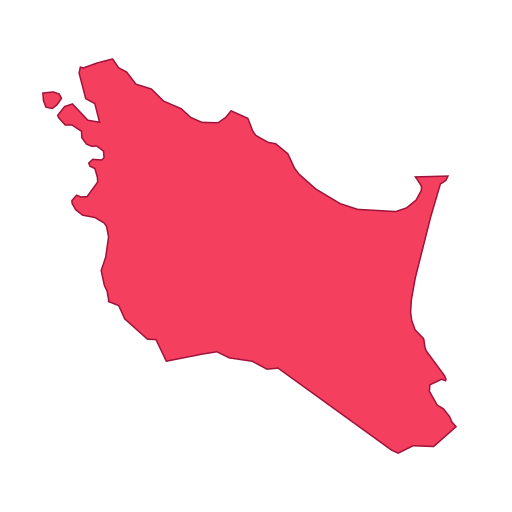 Marin, California, United States of America (Mercator projection), rotated 175°
{"feature_id": "52423323B48598289352775", "entity_name": "Marin", "entity_type": "district", "adm_level": 2, "iso_a3": "USA", "parent_name": "United States of America", "parent_adm1": "California", "projection": "mercator", "projection_center": [-122.671, 38.07], "detail": "fine", "context": "isolated", "style": "filled", "palette": "rose", "viewbox_px": 512, "rotation_deg": 175, "n_neighbors": 0, "source": "geoboundaries", "source_scale": "gbopen_adm2", "svg_char_len": 1658}
<svg xmlns="http://www.w3.org/2000/svg" viewBox="0 0 512 512"><g transform="rotate(175 256 256)"><path d="M71.6,68.5L75.4,73.7L77.1,79.0L82.5,87.3L88.5,91.7L95.0,106.0L94.1,112.5L81.9,117.0L78.0,115.2L77.5,116.9L78.8,120.6L94.4,146.2L95.5,149.5L96.2,159.0L103.9,168.5L106.5,178.2L106.9,186.5L104.9,199.4L99.1,220.7L78.5,279.9L66.0,311.8L62.9,313.2L60.1,315.0L57.8,318.9L90.3,320.9L88.7,318.2L86.5,313.9L85.1,311.1L85.5,307.1L91.6,297.8L101.8,290.8L113.0,288.1L150.7,293.6L167.4,300.7L190.5,317.4L206.2,334.0L209.9,340.0L215.4,355.1L226.6,366.1L234.2,368.2L245.8,376.2L248.4,380.9L252.1,393.8L268.2,402.8L274.1,396.7L281.6,392.3L284.0,392.2L298.4,393.9L309.2,399.9L317.6,409.2L334.5,418.3L345.7,431.5L360.6,437.6L368.8,450.5L376.4,455.4L381.7,464.8L397.3,462.2L411.7,458.4L414.5,459.5L416.3,453.6L411.9,427.6L403.3,421.9L400.2,402.9L411.7,405.9L425.6,423.5L433.6,421.6L441.3,413.4L440.6,411.0L434.6,403.1L428.0,402.6L419.0,395.5L419.2,389.0L415.1,382.2L409.8,379.5L405.1,379.5L398.8,373.8L398.8,367.3L401.2,365.1L410.2,366.5L414.5,363.2L413.6,359.9L408.9,357.2L407.2,348.5L407.2,343.9L408.3,342.3L419.2,329.8L425.4,330.1L429.3,332.2L434.6,327.3L434.6,324.3L431.6,317.8L425.2,311.8L413.0,308.3L404.4,302.1L402.3,298.5L401.2,287.9L405.9,267.8L411.5,255.0L409.6,239.8L407.4,234.0L406.6,224.8L406.9,223.4L397.1,218.6L392.2,204.7L371.4,182.6L362.9,181.4L354.5,159.0L318.8,162.9L303.3,164.0L291.4,156.8L269.0,151.5L254.9,142.3L243.8,142.4L137.9,50.8L131.6,47.2L116.0,53.3L95.7,50.7L71.6,68.5ZM436.0,430.0L438.0,434.6L443.8,437.1L454.1,436.9L454.2,429.4L452.3,422.6L446.1,420.7L441.1,423.9L436.0,430.0Z" fill="#f43f5e" stroke="#9f1239" stroke-width="1.5"/></g></svg>